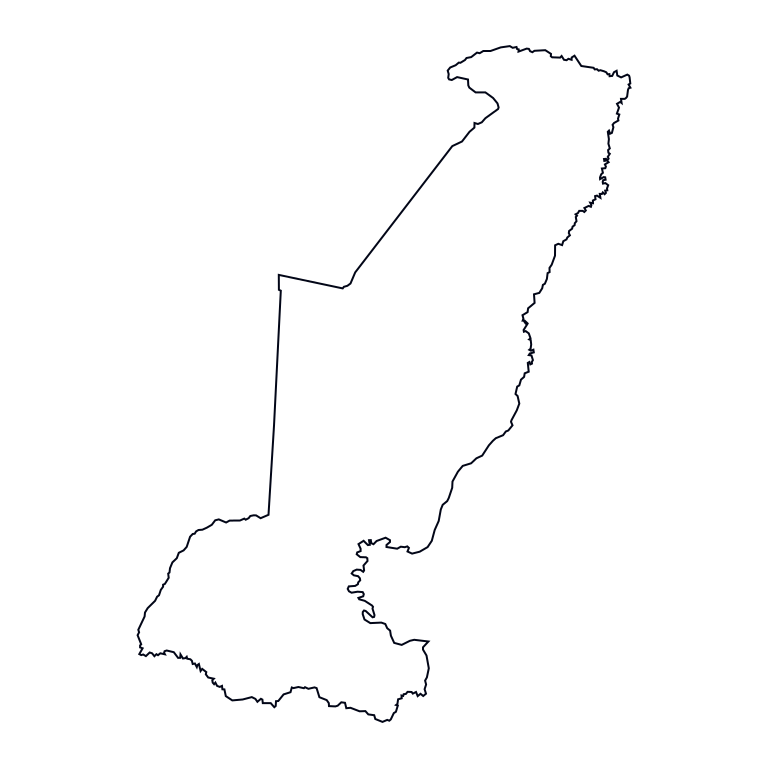 outline of Alto Araguaia, Mato Grosso, Brazil
{"feature_id": "56859067B16833881564042", "entity_name": "Alto Araguaia", "entity_type": "district", "adm_level": 2, "iso_a3": "BRA", "parent_name": "Brazil", "parent_adm1": "Mato Grosso", "projection": "albers", "projection_center": [-53.413, -17.424], "detail": "fine", "context": "isolated", "style": "outline", "palette": "ink", "viewbox_px": 768, "rotation_deg": 0, "n_neighbors": 0, "source": "geoboundaries", "source_scale": "gbopen_adm2", "svg_char_len": 6053}
<svg xmlns="http://www.w3.org/2000/svg" viewBox="0 0 768 768"><path d="M423.2,696.0L426.0,693.7L424.6,689.2L426.1,684.5L425.1,680.6L426.9,677.4L428.8,668.3L426.5,655.5L423.0,649.6L423.0,647.3L428.4,641.5L414.2,639.8L409.9,640.8L401.7,644.9L394.2,642.9L390.9,635.7L390.1,630.6L387.2,628.2L385.3,624.0L381.3,622.6L370.3,623.1L364.5,619.5L362.7,614.1L362.8,612.0L364.0,610.5L365.7,611.0L372.6,617.3L374.1,616.9L374.5,615.1L372.5,608.6L373.0,606.8L372.0,605.5L364.7,600.8L359.2,599.3L358.4,597.9L363.2,596.3L363.8,594.1L362.7,592.1L357.6,591.7L351.6,592.7L349.0,591.3L347.7,588.9L348.8,586.4L355.2,585.9L357.9,584.2L358.2,582.4L360.2,580.3L359.9,578.3L358.1,576.2L353.8,575.3L351.7,573.5L353.3,571.1L356.7,569.6L360.5,569.9L363.2,571.8L364.1,570.5L363.5,565.5L367.5,561.0L367.3,558.2L366.0,557.3L360.3,557.1L356.7,554.3L357.2,552.4L360.6,551.1L360.6,548.7L358.5,544.1L363.6,540.8L367.9,545.1L369.8,544.8L369.0,540.2L370.8,540.1L371.3,543.2L373.5,544.2L376.6,541.0L385.6,537.7L390.0,540.2L390.0,542.0L386.5,545.0L386.5,547.0L397.2,548.7L400.8,546.7L404.8,547.2L407.3,546.4L408.9,547.9L407.5,551.5L412.1,553.6L419.7,551.7L427.6,547.1L431.8,540.8L434.7,530.0L438.7,521.0L440.8,509.5L442.7,504.8L447.2,501.1L448.8,497.9L452.2,487.8L452.5,481.5L457.9,471.7L462.7,465.9L471.1,463.3L476.4,458.3L482.2,455.6L488.9,445.3L492.9,440.8L495.8,438.2L503.1,435.2L505.8,431.5L508.3,430.5L512.5,425.3L511.0,421.8L511.5,420.2L516.8,410.3L519.3,403.6L517.6,396.0L515.5,394.0L517.2,386.6L519.3,385.4L521.0,379.6L524.1,376.9L524.7,373.3L528.7,371.7L527.8,362.9L529.4,362.0L530.3,364.4L532.0,363.6L531.8,362.0L532.9,360.1L531.5,355.5L528.8,355.1L529.8,353.5L533.8,352.4L533.4,349.7L531.0,350.7L529.3,349.8L530.6,348.7L531.2,344.5L530.7,340.0L529.2,339.4L530.5,338.3L528.8,333.4L525.7,331.1L523.9,331.7L523.6,330.0L527.4,324.0L525.8,323.7L524.8,322.3L526.3,322.2L524.5,320.5L522.7,320.6L523.4,318.6L522.5,315.2L527.6,312.1L528.1,308.3L534.6,302.9L534.0,294.3L539.3,292.9L542.2,288.3L542.9,284.9L544.9,283.7L546.9,278.9L547.6,273.1L549.6,272.1L549.5,267.9L551.7,264.7L555.0,255.7L555.1,245.3L558.3,243.8L562.1,245.1L563.3,241.2L566.5,239.4L567.3,237.5L569.9,235.3L568.8,233.1L569.1,231.0L572.1,228.7L572.6,226.6L574.6,225.2L574.8,223.2L576.5,221.2L575.8,217.0L577.0,215.7L575.6,214.3L577.9,213.1L579.2,210.9L582.8,210.9L584.3,212.0L585.8,210.5L584.4,208.0L588.7,205.9L590.9,206.8L591.4,205.1L590.2,202.7L593.0,203.2L592.9,200.5L595.5,199.3L595.1,196.1L597.0,195.6L600.4,197.8L599.8,193.9L601.9,194.0L602.8,192.4L604.6,194.2L605.9,192.9L605.2,190.6L607.3,190.3L607.0,188.4L608.2,185.2L605.4,183.1L603.0,183.6L602.7,181.9L603.2,180.2L605.6,179.7L605.2,177.3L603.7,177.1L600.1,179.1L600.0,177.5L601.2,174.3L602.9,172.8L601.9,168.5L605.3,168.2L605.9,166.6L604.9,164.4L608.6,162.2L607.1,160.4L608.6,158.7L607.8,156.8L609.8,153.8L608.4,152.7L608.1,150.1L609.8,148.4L608.4,143.7L608.9,139.1L607.8,131.8L609.0,130.6L610.1,133.7L611.9,132.9L613.4,127.2L612.6,124.8L614.0,123.0L618.4,120.5L618.0,118.7L619.3,114.5L616.9,113.6L619.0,107.6L617.0,103.8L620.2,101.9L621.6,103.0L621.0,98.9L624.7,98.9L626.0,98.0L627.1,96.6L628.0,89.8L628.7,88.2L630.4,87.7L628.6,84.5L630.3,83.5L629.6,77.3L629.1,75.7L627.3,74.6L621.1,77.4L617.3,75.5L616.6,70.8L614.0,72.2L612.2,75.9L609.6,76.2L609.4,74.1L607.6,74.3L606.3,72.3L604.1,71.3L600.4,70.2L598.6,70.7L597.0,69.2L594.7,69.4L593.6,67.8L581.3,66.0L574.5,55.7L571.7,57.5L571.6,59.8L568.4,58.8L566.6,60.2L564.0,59.8L561.6,56.0L560.1,57.6L552.1,57.3L550.8,56.2L551.0,53.9L545.3,50.2L534.4,50.8L532.4,52.2L530.1,51.2L528.9,48.9L526.7,48.6L518.5,51.6L518.7,49.4L517.1,49.0L516.5,47.0L512.7,47.8L509.8,46.1L500.7,47.4L490.5,51.0L483.3,51.0L479.7,53.2L477.0,52.6L471.2,57.1L466.5,58.0L465.0,60.0L460.4,62.8L458.8,62.6L455.7,65.2L450.2,67.5L447.7,70.6L448.7,74.1L448.2,77.8L449.1,79.4L451.8,80.0L457.1,77.1L468.0,79.5L468.3,85.4L469.3,87.6L475.6,92.4L485.4,92.4L493.1,98.0L497.5,103.4L498.6,107.4L498.1,109.0L485.4,118.2L481.8,122.3L477.9,124.0L474.5,123.0L474.4,127.6L469.5,131.8L462.0,141.5L452.3,146.1L355.2,272.4L350.5,283.5L347.4,285.8L343.9,286.8L342.7,288.4L278.8,274.9L278.9,289.8L280.8,290.7L274.0,425.8L268.5,514.8L260.6,518.2L256.1,515.4L253.7,515.3L250.3,516.0L248.6,518.2L245.7,519.7L244.3,518.6L240.0,520.5L229.6,520.6L226.1,522.5L218.8,519.4L215.2,520.3L211.8,524.8L206.8,527.7L202.4,529.7L198.5,530.0L196.1,531.4L194.7,533.7L192.7,534.0L190.1,536.7L186.7,546.9L183.6,550.4L178.8,552.8L176.8,558.2L172.4,562.4L170.0,568.2L169.5,572.5L168.2,573.6L168.7,577.8L164.9,583.9L163.1,584.7L163.1,586.7L160.8,589.9L159.0,595.3L157.1,596.7L155.1,600.8L147.7,608.1L145.0,612.5L144.6,616.5L138.3,629.8L139.1,632.3L137.6,635.2L141.2,644.3L140.1,645.4L140.1,647.4L142.6,648.3L139.3,654.1L141.2,655.1L143.2,654.5L145.9,656.1L149.7,652.5L152.1,653.3L154.4,656.2L156.4,654.2L158.0,655.2L160.3,653.3L164.9,654.3L164.1,652.8L164.6,651.2L166.7,650.5L173.8,652.2L178.1,657.9L180.2,657.8L180.5,654.4L183.0,658.5L185.4,658.1L186.7,656.8L187.2,658.7L190.4,659.3L191.9,660.8L192.7,664.0L194.9,663.5L196.8,667.1L197.4,665.1L198.9,664.0L200.6,671.0L202.2,668.9L206.3,672.1L205.8,674.3L208.2,677.5L213.8,678.7L212.3,680.3L212.7,682.6L214.1,684.2L215.4,682.6L217.1,685.9L219.8,686.9L222.0,685.9L222.4,689.3L224.4,689.4L225.8,696.1L232.3,700.4L242.6,699.5L251.8,697.1L255.4,698.9L257.4,701.8L260.9,698.8L262.4,699.6L262.8,703.1L270.7,703.1L274.3,707.2L275.7,706.0L276.0,701.2L278.3,701.0L283.6,694.4L290.5,692.2L291.8,687.5L293.5,688.1L298.4,687.0L303.9,688.2L305.0,687.2L308.4,688.8L314.5,687.4L316.6,688.1L319.4,697.2L326.7,700.1L328.8,703.1L329.0,706.1L335.4,706.4L337.7,705.7L341.3,702.3L345.0,702.8L346.3,708.2L350.5,707.8L359.6,711.3L365.4,711.1L368.3,714.4L374.2,715.2L375.3,719.0L382.5,721.9L387.2,719.9L389.3,720.7L390.8,719.4L393.8,713.1L395.9,711.8L397.8,705.6L396.1,705.0L397.4,704.0L398.1,699.3L401.7,698.3L401.5,695.5L403.2,695.9L403.7,694.2L405.9,693.9L407.5,691.9L409.6,691.9L411.6,692.0L412.8,693.6L416.0,692.0L417.7,696.1L420.5,693.8L423.2,696.0ZM607.1,160.4L604.3,160.9L604.0,159.0L606.0,158.8L607.1,160.4Z" fill="none" stroke="#020617" stroke-width="2"/></svg>